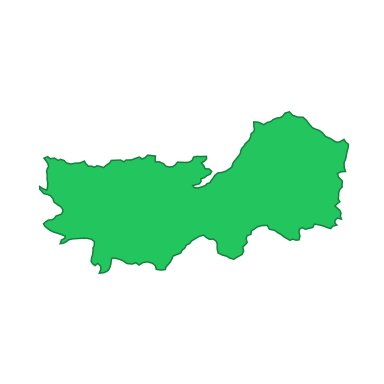 the district of Rio Casca, Minas Gerais, Brazil, rotated 282°
{"feature_id": "56859067B885632128297", "entity_name": "Rio Casca", "entity_type": "district", "adm_level": 2, "iso_a3": "BRA", "parent_name": "Brazil", "parent_adm1": "Minas Gerais", "projection": "equal_earth", "projection_center": [-42.663, -20.132], "detail": "fine", "context": "isolated", "style": "filled", "palette": "green", "viewbox_px": 384, "rotation_deg": 282, "n_neighbors": 0, "source": "geoboundaries", "source_scale": "gbopen_adm2", "svg_char_len": 3724}
<svg xmlns="http://www.w3.org/2000/svg" viewBox="0 0 384 384"><g transform="rotate(282 192 192)"><path d="M275.1,329.7L272.1,326.5L270.7,323.6L271.5,320.4L273.1,316.3L274.1,311.0L277.3,307.0L278.8,303.3L279.1,300.1L279.8,296.7L281.5,294.2L283.3,291.9L285.8,289.2L288.2,285.1L287.3,280.2L287.9,274.5L290.7,270.6L288.5,266.6L284.9,264.9L283.0,262.5L281.9,259.5L279.8,256.4L277.1,254.2L275.7,251.2L272.8,248.3L274.1,242.5L273.4,237.8L269.1,238.9L266.4,240.0L263.9,239.8L261.2,237.7L257.8,237.9L254.3,236.9L250.6,234.2L247.5,233.2L245.1,231.6L242.2,231.1L239.7,231.3L236.7,229.9L233.5,228.4L230.3,226.6L228.0,226.0L224.5,225.7L222.4,223.7L219.6,221.0L217.5,217.5L215.9,213.2L212.9,210.8L210.1,209.8L207.5,208.5L204.7,207.5L203.3,205.0L201.1,203.7L199.2,200.8L197.3,197.2L196.6,193.4L198.5,191.4L200.2,194.9L201.6,197.5L204.1,198.7L206.8,197.9L208.5,201.0L211.1,203.2L213.3,206.1L216.3,207.0L218.1,204.0L217.4,200.0L220.1,198.2L222.3,195.1L224.9,197.9L227.5,199.4L229.9,198.7L228.4,192.8L227.8,189.1L226.5,186.3L222.9,185.5L220.5,182.9L219.6,179.5L219.0,176.4L218.2,171.6L214.8,169.9L212.7,167.7L211.7,164.5L211.8,161.0L213.8,158.3L214.7,153.6L213.8,150.1L216.1,149.1L219.6,148.8L218.9,141.0L215.8,139.0L213.9,136.1L215.3,133.3L213.3,130.0L210.7,125.9L209.6,120.9L207.4,119.2L208.4,115.4L207.1,110.4L206.1,106.5L203.4,105.5L199.9,102.2L197.5,100.5L197.9,97.2L197.9,93.6L195.9,91.4L196.4,88.2L195.7,85.2L197.8,82.0L199.9,80.4L197.1,76.3L195.8,71.3L194.2,67.8L194.3,63.0L196.1,60.7L196.7,56.8L195.0,54.5L196.6,50.4L195.1,46.5L196.6,43.5L194.3,40.2L191.5,43.4L189.7,45.2L187.1,46.4L184.3,45.5L181.8,45.5L178.8,46.8L174.7,47.5L171.1,48.9L167.4,49.6L163.6,49.6L164.2,45.7L165.7,41.9L163.2,42.4L161.6,44.7L159.6,47.3L159.5,51.5L158.9,54.4L156.6,57.4L153.6,58.9L151.8,62.6L150.2,67.0L148.0,69.2L145.7,69.8L143.0,68.6L140.2,64.0L137.4,62.8L135.5,60.5L134.7,57.4L132.3,55.0L130.1,53.4L128.1,54.9L126.4,58.0L124.9,61.4L124.1,64.7L123.7,69.0L123.2,73.3L122.4,77.3L120.1,77.1L118.0,74.3L114.0,73.8L115.4,77.1L117.4,79.5L119.6,81.3L121.3,84.9L122.5,89.1L123.6,93.1L124.9,98.4L124.9,103.4L123.1,106.8L119.5,107.5L116.8,106.8L113.6,107.5L110.2,107.8L107.2,107.5L103.3,107.7L101.1,109.7L99.8,112.5L102.6,114.6L100.4,118.2L97.1,118.9L93.3,118.2L94.8,122.7L96.6,125.1L98.6,126.7L100.9,127.3L104.8,127.6L108.3,127.2L110.8,127.6L111.3,130.7L111.1,134.6L110.5,138.4L108.5,143.3L109.1,148.5L111.1,151.8L109.5,155.4L112.5,158.3L114.4,162.7L114.1,168.0L112.3,171.6L108.9,173.1L109.2,178.0L110.6,182.0L113.4,182.2L116.5,184.0L118.8,185.3L121.8,186.1L125.5,186.9L127.6,190.1L129.9,193.6L133.2,194.6L135.2,196.4L138.9,197.5L141.3,200.5L144.0,201.7L146.9,204.8L150.1,208.3L152.2,212.2L150.3,216.0L149.3,218.8L150.4,222.8L148.6,226.2L146.0,227.6L142.9,228.1L140.7,228.8L137.8,230.2L136.6,235.0L136.4,239.5L135.2,242.5L134.9,246.9L137.9,249.9L141.2,253.9L144.9,254.8L148.6,253.2L151.4,254.8L154.0,256.5L157.6,254.7L160.9,255.0L162.8,258.5L166.2,258.2L169.4,261.3L171.6,263.3L173.6,267.1L175.0,272.5L171.6,275.5L171.7,280.8L170.1,284.2L169.0,287.7L167.3,291.2L166.2,294.5L165.1,297.9L166.9,300.3L166.5,303.7L167.4,306.6L171.2,306.8L175.1,305.0L178.2,304.9L180.0,307.1L179.2,311.0L180.6,313.5L182.4,317.5L186.0,318.3L186.3,322.3L186.0,327.7L185.3,332.2L185.1,335.3L187.8,336.7L189.8,340.5L191.5,338.1L194.2,337.9L196.8,339.6L196.5,343.8L199.3,342.1L202.1,342.2L204.5,340.7L205.9,338.4L208.0,334.8L210.7,336.4L213.2,338.7L215.5,336.5L218.7,336.2L222.1,335.6L225.3,336.1L228.0,337.8L230.8,337.1L234.0,336.8L235.6,334.5L237.0,332.2L240.3,330.4L242.7,333.5L244.0,337.9L247.0,336.1L249.6,335.3L252.4,334.6L255.6,335.3L258.0,335.5L260.3,335.3L263.8,335.3L267.1,335.5L271.2,335.1L272.5,332.3L275.1,329.7Z" fill="#22c55e" stroke="#15803d" stroke-width="1.5"/></g></svg>